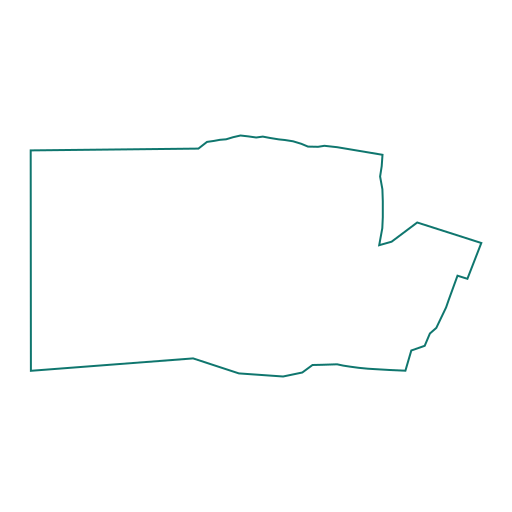 the district of Godoy Cruz, Mendoza, Argentina
{"feature_id": "61730980B65696881637259", "entity_name": "Godoy Cruz", "entity_type": "district", "adm_level": 2, "iso_a3": "ARG", "parent_name": "Argentina", "parent_adm1": "Mendoza", "projection": "equal_earth", "projection_center": [-68.856, -32.929], "detail": "fine", "context": "isolated", "style": "outline", "palette": "teal", "viewbox_px": 512, "rotation_deg": 0, "n_neighbors": 0, "source": "geoboundaries", "source_scale": "gbopen_adm2", "svg_char_len": 785}
<svg xmlns="http://www.w3.org/2000/svg" viewBox="0 0 512 512"><path d="M382.5,154.8L337.2,147.2L324.4,145.8L318.1,146.8L308.0,146.6L301.3,143.8L293.1,141.3L284.8,140.0L278.9,139.4L270.2,138.0L262.8,136.6L256.2,137.5L248.4,136.4L240.5,135.5L233.1,137.2L226.1,139.3L220.0,139.8L214.0,140.9L207.0,141.9L198.4,148.6L30.7,150.4L30.9,370.8L193.1,358.4L238.9,373.4L283.1,376.5L302.3,372.5L312.5,365.0L321.8,364.8L337.1,364.3L343.2,365.6L349.7,366.6L358.6,367.8L367.8,368.7L374.4,369.1L389.8,370.0L405.4,370.7L411.3,350.5L424.7,345.8L429.9,333.5L436.3,327.9L446.1,307.4L448.7,299.9L457.5,275.7L467.4,278.8L481.3,243.0L417.2,222.5L391.6,241.7L379.2,245.2L382.3,228.2L382.8,217.3L382.8,201.2L382.4,189.3L380.1,176.5L381.7,166.2L382.5,154.8Z" fill="none" stroke="#0f766e" stroke-width="2"/></svg>